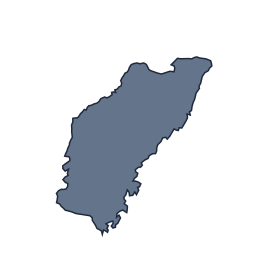 Colorado, Rio Grande do Sul, Brazil (Equal Earth projection), rotated 37°
{"feature_id": "56859067B9024420085811", "entity_name": "Colorado", "entity_type": "district", "adm_level": 2, "iso_a3": "BRA", "parent_name": "Brazil", "parent_adm1": "Rio Grande do Sul", "projection": "equal_earth", "projection_center": [-52.985, -28.462], "detail": "fine", "context": "isolated", "style": "filled", "palette": "slate", "viewbox_px": 256, "rotation_deg": 37, "n_neighbors": 0, "source": "geoboundaries", "source_scale": "gbopen_adm2", "svg_char_len": 2562}
<svg xmlns="http://www.w3.org/2000/svg" viewBox="0 0 256 256"><g transform="rotate(37 128 128)"><path d="M124.4,51.6L127.6,50.7L129.4,52.1L130.9,55.4L127.3,57.5L122.2,64.8L118.7,66.3L112.2,68.4L109.7,68.8L105.1,66.5L103.3,66.2L101.3,66.7L98.9,69.5L96.1,70.6L93.9,73.0L92.4,75.5L92.7,78.9L93.6,81.6L93.7,83.9L92.6,86.0L93.0,88.8L93.1,91.8L93.7,94.6L95.9,95.9L97.2,98.7L96.0,100.6L96.0,103.5L94.5,105.5L96.8,107.0L94.9,107.8L93.5,109.4L95.2,110.9L94.4,114.0L93.0,116.7L90.8,117.2L88.6,120.9L88.9,124.5L88.2,126.9L86.4,129.2L84.9,132.1L83.3,133.8L83.1,136.1L83.8,138.9L81.9,139.5L81.9,142.7L81.4,145.1L81.7,147.5L81.6,150.2L79.8,151.7L78.1,153.5L80.2,156.2L81.3,159.8L83.4,162.2L85.3,164.9L89.1,168.9L89.6,172.2L90.2,174.9L91.4,176.9L92.0,180.0L93.1,183.0L93.7,186.1L94.4,188.6L96.3,187.6L98.1,186.5L99.9,187.3L101.2,189.2L99.6,194.1L98.7,197.5L100.4,199.6L103.8,200.3L105.3,196.7L107.0,200.9L108.7,201.9L107.3,205.1L107.1,208.4L110.8,209.2L113.2,208.5L115.0,211.0L115.2,213.9L113.6,215.8L111.6,217.1L110.3,219.9L110.2,223.3L112.7,224.6L114.5,227.7L115.9,230.7L119.2,229.8L121.8,230.7L124.4,230.9L127.4,231.4L130.1,230.2L133.1,229.0L135.9,228.2L137.8,227.7L150.3,221.0L153.4,221.2L155.2,223.3L157.5,224.1L160.2,225.1L163.8,226.9L166.1,226.4L168.7,226.2L171.5,228.4L169.8,224.2L171.7,223.7L174.4,223.6L173.6,221.5L171.6,220.8L171.1,217.8L168.1,217.8L169.5,214.8L171.8,211.6L173.5,212.8L173.7,216.4L176.1,217.0L177.7,214.9L176.3,212.5L177.2,210.5L176.7,207.5L176.1,204.3L173.2,203.0L172.6,206.1L170.7,203.0L171.4,199.6L173.2,196.7L175.8,196.5L177.9,196.3L176.1,193.0L174.5,190.7L170.5,190.7L170.1,187.7L168.1,187.3L166.4,185.9L166.5,182.7L164.7,177.9L167.6,178.7L170.0,181.2L172.3,178.9L171.9,175.0L174.9,176.2L174.0,171.2L171.4,169.6L172.6,168.1L171.8,164.8L168.6,165.0L166.2,165.8L164.0,167.4L163.4,164.4L164.2,161.3L163.0,158.2L160.5,158.4L159.0,156.9L160.0,152.9L161.7,151.6L161.8,149.0L159.6,147.9L160.1,145.6L160.7,143.4L162.3,140.3L161.6,137.1L163.2,133.7L165.4,131.9L164.7,129.1L162.9,126.6L161.8,123.4L162.5,119.2L161.7,115.1L163.6,112.8L166.0,113.3L166.3,109.4L165.8,105.2L165.4,101.0L167.7,100.7L169.7,99.7L168.7,97.0L171.0,95.6L170.1,87.6L169.4,84.1L166.7,81.3L169.9,80.2L167.3,78.0L168.2,75.9L166.2,72.3L164.7,68.5L164.0,65.3L162.6,61.9L161.4,59.3L161.2,53.4L159.6,52.0L159.1,48.6L156.3,42.2L156.0,37.8L157.6,34.1L157.1,31.1L157.6,28.0L155.3,25.8L153.6,24.6L151.3,25.1L148.6,25.9L145.5,27.6L142.8,29.1L140.2,29.8L138.6,31.7L137.2,34.6L135.1,35.7L129.8,39.9L128.2,41.1L125.6,42.6L124.4,51.6Z" fill="#64748b" stroke="#1e293b" stroke-width="1.5"/></g></svg>